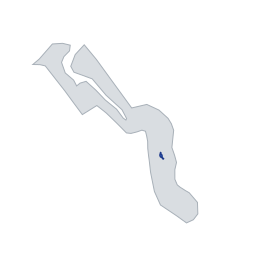 Janjanbureh, Central River, Gambia shown in context, rotated 53°
{"feature_id": "56634734B22755125769096", "entity_name": "Janjanbureh", "entity_type": "district", "adm_level": 2, "iso_a3": "GMB", "parent_name": "Gambia", "parent_adm1": "Central River", "projection": "equal_earth", "projection_center": [-14.759, 13.54], "detail": "fine", "context": "in_parent", "style": "filled", "palette": "blue", "viewbox_px": 256, "rotation_deg": 53, "n_neighbors": 0, "source": "geoboundaries", "source_scale": "gbopen_adm2", "svg_char_len": 1527}
<svg xmlns="http://www.w3.org/2000/svg" viewBox="0 0 256 256"><g transform="rotate(53 128 128)"><path d="M35.2,112.9L54.2,112.0L77.3,112.4L102.4,112.8L114.2,113.0L120.5,98.8L132.3,92.5L144.4,90.2L150.6,90.8L157.3,92.9L170.0,104.7L178.0,107.3L184.7,110.0L189.5,115.7L197.1,121.4L203.1,122.9L206.7,122.0L212.6,119.8L216.5,118.1L229.2,117.3L238.6,123.9L240.6,131.0L239.0,138.4L226.5,142.3L209.0,148.4L194.6,145.1L177.1,136.7L166.9,130.7L162.6,128.3L156.2,124.5L150.6,120.4L145.2,117.7L141.1,116.0L138.1,118.2L136.5,123.2L134.1,128.9L131.0,132.2L116.3,134.2L103.1,136.3L96.0,138.1L91.3,139.4L89.8,156.4L74.9,156.3L60.2,156.1L45.0,156.4L28.6,156.7L24.4,160.2L20.0,165.8L19.5,157.3L15.4,137.8L21.0,129.3L27.1,124.3L31.2,128.3L32.4,136.2L35.6,141.6L46.3,145.0L57.0,142.6L63.5,143.7L63.3,139.3L65.5,133.4L78.4,130.9L92.1,129.3L106.1,125.8L117.1,125.9L120.4,124.9L119.6,123.4L109.7,121.8L88.7,125.8L67.2,127.0L50.9,137.6L44.3,136.6L37.6,126.0L35.2,112.9Z" fill="#d9dde1" stroke="#a8b0b8" stroke-width="1"/><path d="M174.0,118.4L173.9,118.1L173.6,118.1L173.3,118.2L172.7,118.4L172.4,118.4L171.8,118.2L171.5,118.1L170.3,117.3L170.2,117.3L170.0,117.2L169.7,117.2L168.1,117.2L167.7,117.1L167.5,116.8L167.2,116.3L167.1,116.1L167.2,116.6L167.3,117.0L167.7,117.4L167.8,117.5L168.0,117.8L168.7,118.7L168.8,118.8L169.1,119.0L170.0,119.3L170.4,119.4L170.6,119.4L171.3,119.1L171.8,118.9L172.2,118.7L172.4,118.6L172.5,118.6L173.1,118.7L173.4,118.7L173.7,118.7L174.0,118.4L174.0,118.4Z" fill="#3b82f6" stroke="#1e3a8a" stroke-width="1.5"/></g></svg>